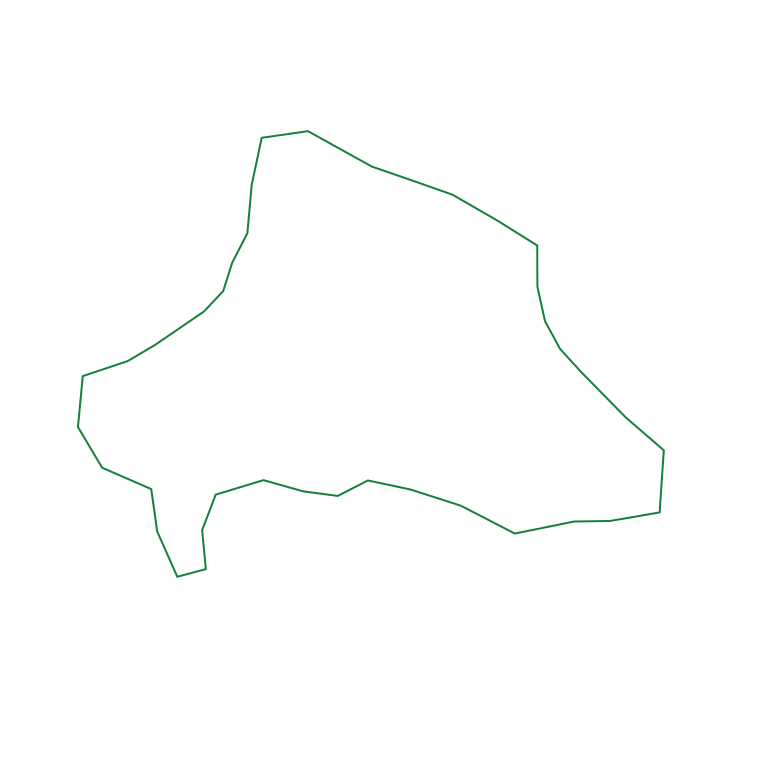 Klirou, Nicosia, Cyprus, rotated 282°
{"feature_id": "46923920B55215381984426", "entity_name": "Klirou", "entity_type": "district", "adm_level": 2, "iso_a3": "CYP", "parent_name": "Cyprus", "parent_adm1": "Nicosia", "projection": "equal_earth", "projection_center": [33.181, 35.009], "detail": "fine", "context": "isolated", "style": "outline", "palette": "green", "viewbox_px": 768, "rotation_deg": 282, "n_neighbors": 0, "source": "geoboundaries", "source_scale": "gbopen_adm2", "svg_char_len": 656}
<svg xmlns="http://www.w3.org/2000/svg" viewBox="0 0 768 768"><g transform="rotate(282 384 384)"><path d="M599.4,213.2L551.3,213.2L503.1,219.0L471.0,210.3L441.5,207.4L417.5,192.8L374.6,151.9L353.2,128.6L329.1,87.7L278.3,93.6L243.5,125.7L232.8,178.2L192.6,192.8L152.5,221.9L165.9,248.2L203.3,236.5L240.8,242.4L264.9,286.1L262.2,327.0L264.9,362.0L286.3,388.3L286.3,432.1L280.9,484.6L264.9,543.0L289.0,598.5L297.0,633.5L315.7,680.3L328.8,678.4L377.3,671.5L401.4,627.7L436.2,575.1L454.9,548.9L479.0,528.4L511.1,513.8L551.3,505.1L567.3,461.3L583.4,411.6L588.7,370.8L594.1,327.0L615.5,257.0L599.4,213.2Z" fill="none" stroke="#15803d" stroke-width="2"/></g></svg>